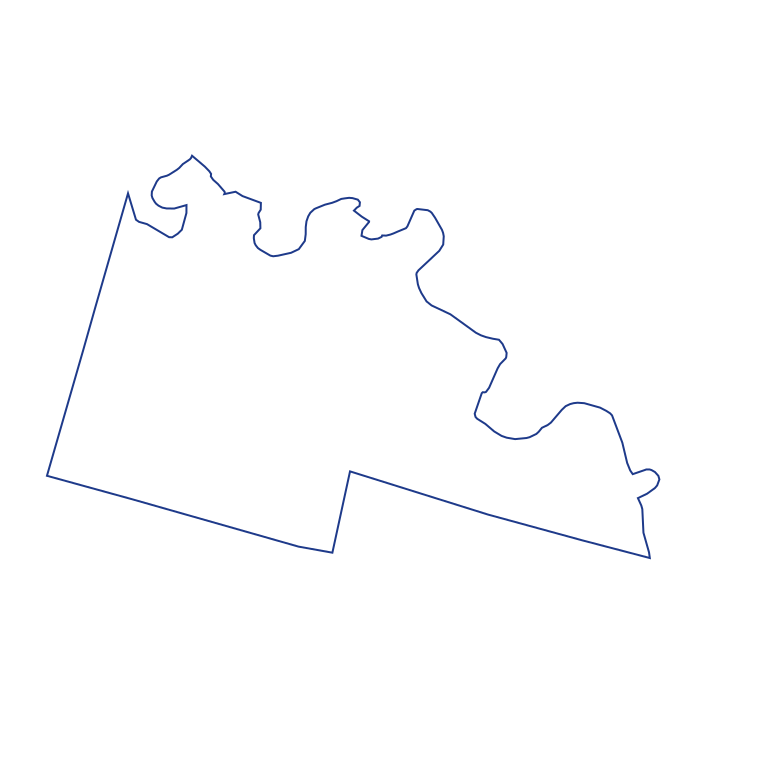 Crittenden, Arkansas, United States of America (Mercator projection), rotated 285°
{"feature_id": "52423323B83994293092269", "entity_name": "Crittenden", "entity_type": "district", "adm_level": 2, "iso_a3": "USA", "parent_name": "United States of America", "parent_adm1": "Arkansas", "projection": "mercator", "projection_center": [-90.188, 35.137], "detail": "fine", "context": "isolated", "style": "outline", "palette": "blue", "viewbox_px": 768, "rotation_deg": 285, "n_neighbors": 0, "source": "geoboundaries", "source_scale": "gbopen_adm2", "svg_char_len": 2430}
<svg xmlns="http://www.w3.org/2000/svg" viewBox="0 0 768 768"><g transform="rotate(285 384 384)"><path d="M207.7,377.8L290.8,373.8L284.8,518.2L284.3,615.5L284.7,685.8L289.9,683.6L307.5,673.1L330.0,665.9L333.2,664.0L339.5,658.8L346.1,666.5L353.6,672.6L356.7,674.1L363.1,674.7L366.3,672.8L369.1,668.5L370.1,664.7L370.2,662.6L369.3,659.4L368.7,658.6L361.3,647.6L364.2,644.2L370.7,639.3L389.0,629.4L412.7,612.4L414.2,610.0L415.6,605.6L417.1,598.8L417.3,582.4L416.0,575.8L414.6,572.2L412.8,569.0L409.6,565.2L405.0,562.4L389.9,555.2L386.7,552.7L382.6,547.9L377.9,545.8L375.2,544.1L370.3,538.4L368.7,535.6L364.7,524.9L363.9,516.4L364.3,511.0L366.7,502.7L371.7,492.2L374.5,483.1L375.8,481.0L376.8,480.4L378.8,479.3L400.4,480.8L401.6,481.5L402.0,483.5L402.8,484.6L407.6,486.5L428.5,489.7L433.3,491.0L440.2,494.9L441.7,495.1L445.8,494.4L453.3,488.2L456.5,483.6L455.9,477.4L455.7,470.4L456.1,465.1L457.3,459.5L468.5,430.1L472.2,409.6L474.8,403.7L475.2,403.3L481.5,396.6L485.8,393.0L489.1,390.9L498.2,386.9L499.8,386.8L502.8,387.9L526.9,402.9L534.0,405.1L542.1,403.5L545.2,402.0L547.9,400.1L557.8,390.3L561.6,385.9L562.5,384.2L563.2,381.3L561.7,371.0L561.3,370.2L559.3,368.4L542.3,365.8L540.2,364.9L537.3,361.1L534.7,357.7L531.9,354.2L530.0,351.5L527.9,347.7L527.0,343.8L525.5,343.6L522.9,340.6L520.4,334.4L520.2,331.8L521.3,323.9L527.1,323.3L536.6,327.6L537.3,327.5L539.9,319.2L543.7,310.1L547.3,312.1L549.7,314.3L553.3,313.7L555.3,311.0L555.4,305.5L554.8,302.1L553.2,298.2L551.7,294.8L548.3,290.8L545.6,287.0L541.9,280.5L536.1,272.8L534.9,271.4L530.3,268.5L526.3,267.4L521.1,267.0L515.3,267.8L508.4,269.6L501.7,270.5L492.2,266.8L486.7,260.3L480.5,248.4L478.7,243.9L478.6,241.0L481.6,229.9L482.7,227.0L484.8,224.2L486.7,222.5L491.2,220.5L494.1,219.9L502.4,224.3L508.2,222.6L515.2,218.6L516.7,218.6L520.5,219.8L527.1,218.2L528.9,198.7L531.3,190.9L526.1,180.6L527.3,180.8L528.5,180.2L534.2,171.8L537.0,166.2L539.7,163.0L542.2,162.6L544.3,160.2L547.6,154.7L554.8,139.5L552.3,139.1L550.7,138.3L544.4,132.8L539.7,130.3L537.2,128.4L530.5,122.2L529.0,120.4L525.9,115.1L524.3,113.6L520.8,112.1L509.8,110.0L506.0,110.8L503.7,112.2L500.7,115.2L499.2,117.1L497.9,120.0L497.0,124.2L497.3,128.6L499.2,136.0L505.7,146.9L498.0,148.9L480.7,148.8L475.8,145.9L470.9,141.5L470.2,138.4L477.1,113.7L477.2,105.4L478.5,101.9L501.9,87.4L382.9,85.3L339.1,84.7L208.1,82.2L207.5,169.5L204.8,343.5L207.7,377.8Z" fill="none" stroke="#1e3a8a" stroke-width="2"/></g></svg>